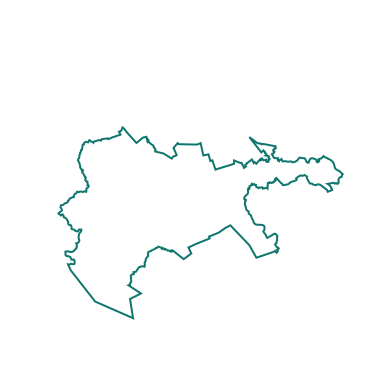 Acaponeta, Nayarit, Mexico (orthographic projection), rotated 154°
{"feature_id": "50627088B8986621841937", "entity_name": "Acaponeta", "entity_type": "district", "adm_level": 2, "iso_a3": "MEX", "parent_name": "Mexico", "parent_adm1": "Nayarit", "projection": "orthographic", "projection_center": [-105.305, 22.461], "detail": "fine", "context": "isolated", "style": "outline", "palette": "teal", "viewbox_px": 384, "rotation_deg": 154, "n_neighbors": 0, "source": "geoboundaries", "source_scale": "gbopen_adm2", "svg_char_len": 6085}
<svg xmlns="http://www.w3.org/2000/svg" viewBox="0 0 384 384"><g transform="rotate(154 192 192)"><path d="M300.3,104.4L294.6,123.0L282.4,123.2L290.0,136.0L288.4,135.8L287.8,137.1L286.0,137.7L284.9,140.9L284.1,141.9L284.2,142.7L283.8,143.3L282.7,144.2L281.4,144.2L280.6,143.6L280.2,143.7L279.7,145.6L277.4,144.9L272.7,147.6L270.9,147.3L270.7,147.5L268.7,146.8L267.5,145.7L266.3,147.2L265.6,149.3L263.7,150.4L263.4,151.5L262.1,152.6L259.4,153.8L259.5,154.2L258.9,154.8L258.7,156.0L257.3,157.3L254.8,156.9L253.9,157.2L250.5,157.1L249.0,157.5L247.8,157.1L246.5,157.8L245.7,157.2L244.2,155.6L244.0,154.2L243.0,154.5L243.0,153.8L242.3,153.7L241.6,153.0L241.8,152.5L241.1,152.4L241.1,152.0L240.1,151.4L239.6,150.0L238.4,149.5L237.1,147.6L236.4,147.4L236.1,148.5L235.1,148.2L228.9,135.3L219.6,137.0L219.5,143.7L210.8,143.5L196.5,142.5L196.3,144.5L186.5,143.8L183.3,144.0L182.3,144.5L179.8,144.6L179.1,145.0L172.1,145.2L163.8,119.1L162.9,104.7L145.4,102.5L143.2,102.6L143.5,102.1L143.0,101.6L142.6,100.3L141.8,100.5L140.4,101.4L140.2,101.2L140.9,102.7L138.8,103.2L138.9,104.1L139.5,104.3L140.2,106.8L140.3,108.4L139.9,108.8L138.4,109.1L137.4,110.7L136.6,111.2L135.7,113.6L134.6,115.0L134.7,115.8L135.3,117.8L136.3,118.4L144.4,117.7L144.8,119.3L144.5,120.7L145.3,125.2L143.9,126.0L142.7,127.4L142.0,129.8L142.4,130.7L143.6,131.8L147.7,134.0L149.1,135.1L149.7,136.4L149.9,137.8L149.5,139.6L149.7,142.7L149.2,145.2L150.6,147.7L149.6,149.5L150.9,152.0L150.0,156.2L150.0,157.6L149.5,158.2L148.6,160.2L147.2,160.7L146.9,161.2L148.1,162.8L147.9,163.5L146.6,164.7L142.7,166.0L141.7,167.1L140.6,169.9L139.8,170.5L139.5,169.7L139.1,169.6L137.7,172.0L135.8,171.9L135.4,172.6L134.6,173.1L134.3,171.9L132.8,172.1L132.4,170.8L131.5,170.4L131.8,169.9L131.9,168.1L130.7,167.1L130.6,166.4L129.6,166.5L128.7,165.9L127.2,165.7L126.7,165.3L126.7,163.9L125.9,164.0L125.3,163.5L123.0,163.1L122.6,162.0L119.9,166.8L118.4,166.7L118.3,166.1L117.3,166.3L116.7,165.3L114.8,164.9L113.7,165.2L113.8,165.5L113.0,165.4L112.7,165.9L111.8,165.9L112.0,166.6L111.7,167.2L110.9,167.1L110.9,167.5L110.0,167.6L108.0,160.7L107.4,160.3L107.4,158.4L106.7,158.0L102.2,156.8L99.0,157.6L93.5,156.8L92.4,157.3L92.5,158.6L89.3,159.3L86.8,159.2L85.7,158.1L83.3,157.9L81.9,155.4L82.7,154.4L82.4,148.0L80.4,146.9L80.0,145.7L77.7,143.8L75.4,143.8L73.6,142.3L69.7,134.6L69.9,132.7L65.3,132.3L65.2,134.0L64.9,134.0L65.0,136.0L65.7,138.7L66.5,139.8L60.4,138.1L60.0,136.9L59.0,136.9L57.7,135.6L57.3,136.3L56.4,136.0L56.1,136.3L55.7,136.8L55.1,138.7L53.8,139.9L52.1,140.4L51.1,139.9L49.6,141.5L48.7,142.0L50.5,146.5L51.7,147.7L52.8,149.7L52.9,151.0L52.1,155.5L52.3,157.6L53.6,160.4L57.4,165.2L58.0,166.6L61.0,165.5L64.1,166.0L64.7,165.2L64.0,164.4L64.1,163.9L66.0,163.6L66.7,164.3L66.2,165.7L66.5,166.9L67.2,168.0L69.3,169.8L71.1,170.0L73.3,168.5L74.0,167.4L75.0,167.5L75.0,168.3L75.8,168.7L75.8,172.7L80.4,175.8L83.9,174.1L86.8,174.0L88.9,174.8L89.6,176.1L92.6,177.2L94.5,178.7L97.3,179.9L97.1,182.4L98.5,182.1L99.5,182.4L99.9,181.9L100.0,182.3L100.5,182.3L100.0,183.9L100.7,183.6L100.5,184.8L101.4,185.3L101.9,185.9L103.3,186.5L103.7,190.9L102.9,191.3L102.0,191.0L100.3,191.9L100.9,193.2L100.7,194.1L99.0,194.2L98.9,195.0L97.4,194.8L96.9,196.5L106.7,203.8L108.3,204.2L108.1,204.6L109.9,205.8L109.9,206.1L111.6,206.9L116.4,216.2L112.3,197.2L109.7,198.0L109.7,197.2L109.2,197.2L109.0,196.3L108.9,195.7L109.3,195.0L108.9,194.7L108.6,192.7L109.8,192.5L108.1,191.4L107.3,190.4L108.1,189.7L107.7,187.8L109.0,187.8L109.2,186.6L110.1,186.3L110.3,185.7L111.7,186.2L111.8,186.8L111.3,188.6L113.7,189.0L114.4,191.5L115.4,191.6L115.2,190.4L116.2,190.3L116.4,191.5L121.8,189.2L122.7,191.5L123.8,191.0L123.9,195.0L130.0,193.8L130.0,193.5L132.3,193.0L132.3,191.3L134.6,190.8L134.7,196.5L135.3,196.6L136.4,197.5L140.4,201.9L142.0,198.9L161.1,201.9L159.8,211.5L161.9,211.8L160.7,218.6L165.8,219.9L162.8,232.1L166.4,232.4L167.4,232.8L183.0,240.8L183.5,242.2L189.3,239.7L189.6,231.9L190.9,231.7L193.3,232.1L195.5,230.9L200.8,239.2L207.3,244.5L206.9,245.5L206.2,245.8L206.7,248.9L206.4,248.9L206.5,250.8L208.3,254.0L208.3,254.7L209.3,256.1L210.0,256.2L209.7,257.7L208.5,257.6L208.7,259.3L209.2,259.4L208.8,261.6L212.3,262.4L220.4,260.4L224.5,274.6L225.3,278.8L226.1,280.5L228.7,278.1L231.2,278.2L231.1,274.9L240.4,276.1L241.9,275.8L243.7,276.8L244.1,276.8L243.9,276.3L244.1,275.5L244.2,276.3L244.9,277.4L250.1,279.0L251.3,278.2L251.5,278.7L253.3,279.5L258.0,280.3L259.0,279.5L259.2,280.4L260.9,281.8L261.2,283.4L261.6,283.6L263.6,282.2L265.1,283.4L266.4,283.7L267.8,283.0L268.3,282.2L269.1,282.5L269.6,282.4L271.1,280.0L272.2,278.9L272.2,278.3L273.5,278.2L274.2,276.8L275.2,276.5L275.9,275.3L276.9,274.8L277.5,273.4L278.9,271.8L279.3,271.8L280.6,270.6L280.5,267.8L281.2,264.0L281.8,263.1L281.6,260.9L280.9,260.3L281.4,260.1L281.3,259.1L280.9,258.7L282.1,258.2L281.6,255.8L281.7,253.5L281.2,252.6L281.6,252.0L281.2,251.3L282.7,249.7L282.4,248.1L281.5,247.3L282.0,246.6L282.1,244.9L283.0,243.9L282.2,243.4L282.4,242.2L283.6,241.6L284.6,241.6L285.6,241.2L286.2,239.6L287.1,238.6L288.2,239.7L290.1,239.8L291.4,241.0L292.6,241.5L293.7,241.4L295.1,242.6L296.8,241.5L297.9,241.7L299.8,240.6L300.4,239.2L301.8,239.8L302.9,239.5L304.5,239.8L306.3,238.7L307.2,238.6L307.6,237.6L309.1,237.2L311.4,237.5L313.4,236.9L315.6,237.5L316.8,236.1L316.7,233.3L317.0,232.4L321.4,231.4L321.4,230.7L320.7,229.9L320.2,228.4L319.2,228.4L318.7,228.8L318.0,228.4L317.8,227.0L318.4,225.7L317.1,224.2L316.5,222.5L316.4,219.3L317.2,217.9L317.2,216.7L315.6,215.5L315.4,214.8L315.7,213.0L316.4,211.7L316.3,211.3L314.2,209.6L313.8,208.0L312.3,206.8L311.6,206.7L310.0,207.8L308.4,206.7L308.0,206.8L308.0,206.3L309.4,205.0L311.2,204.3L312.5,203.0L314.0,200.7L314.5,197.8L315.8,196.6L316.7,196.3L318.6,196.6L318.8,194.3L319.9,193.3L319.9,192.6L320.7,192.0L322.6,191.5L324.1,190.7L326.0,190.7L328.2,191.8L329.6,193.2L331.9,193.9L333.2,191.1L333.1,189.9L332.8,189.4L331.4,188.7L329.8,186.7L330.1,184.2L329.0,183.5L327.9,183.3L327.7,181.7L328.4,179.9L329.3,178.9L331.3,179.6L332.3,180.6L334.3,180.5L335.1,181.2L335.3,174.8L327.1,136.0L300.3,104.4Z" fill="none" stroke="#0f766e" stroke-width="2"/></g></svg>